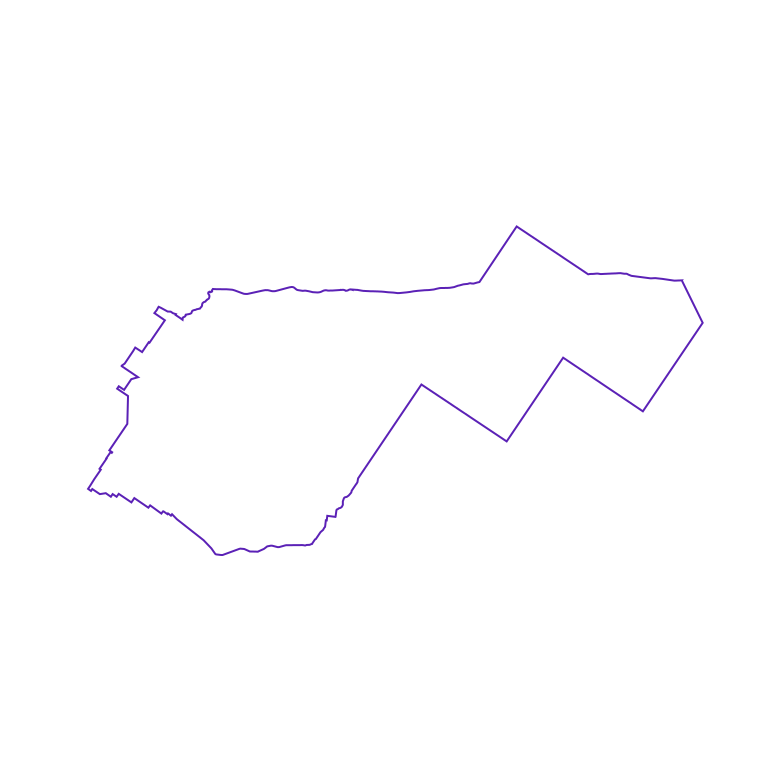 outline of Wandering, Western Australia, Australia, rotated 124°
{"feature_id": "25037944B32288278809201", "entity_name": "Wandering", "entity_type": "district", "adm_level": 2, "iso_a3": "AUS", "parent_name": "Australia", "parent_adm1": "Western Australia", "projection": "albers", "projection_center": [116.618, -32.526], "detail": "fine", "context": "isolated", "style": "outline", "palette": "violet", "viewbox_px": 768, "rotation_deg": 124, "n_neighbors": 0, "source": "geoboundaries", "source_scale": "gbopen_adm2", "svg_char_len": 5902}
<svg xmlns="http://www.w3.org/2000/svg" viewBox="0 0 768 768"><g transform="rotate(124 384 384)"><path d="M131.5,195.0L135.4,200.3L135.7,200.7L135.9,201.1L136.2,201.6L141.2,212.0L144.2,217.7L144.6,218.4L147.3,222.0L148.0,223.4L152.5,232.4L155.7,238.8L155.9,239.2L156.0,239.5L156.1,240.0L156.6,242.2L156.8,243.9L156.9,244.4L157.0,244.6L157.2,245.0L158.2,246.4L159.1,248.3L159.6,249.4L159.9,250.0L161.4,252.1L161.8,252.5L164.8,256.6L169.8,263.3L171.6,265.7L172.1,266.7L172.9,268.5L173.6,269.5L174.0,270.0L175.5,271.8L177.5,274.6L177.9,275.1L178.6,275.7L178.9,276.2L179.2,362.1L181.9,362.1L189.7,362.1L246.1,361.9L247.8,363.5L250.2,365.5L250.8,366.1L251.3,366.9L251.6,367.4L252.1,368.6L252.2,368.8L252.6,369.2L252.8,369.5L254.2,370.6L254.7,371.2L256.7,373.6L257.0,373.9L257.3,374.2L259.4,376.0L260.6,377.1L261.2,377.7L264.1,379.8L264.7,380.3L267.5,383.3L268.1,384.1L269.3,385.7L269.9,386.7L270.4,387.3L272.6,390.5L273.1,391.1L273.4,391.5L275.7,393.7L277.4,395.2L278.0,395.8L281.0,399.3L283.5,402.7L287.7,407.9L290.5,411.2L293.0,413.8L295.4,416.5L300.1,422.2L300.5,422.8L300.9,423.3L303.0,427.4L305.7,432.0L307.7,435.8L308.6,437.4L310.6,440.7L313.8,445.8L314.5,446.8L318.3,453.1L319.0,454.5L320.6,458.1L320.9,458.8L321.6,459.9L322.5,461.5L323.7,463.6L323.8,463.4L323.9,463.7L324.0,463.9L324.4,464.6L324.6,465.0L325.1,465.5L326.7,466.4L327.3,466.9L328.0,467.7L328.1,467.9L328.2,468.1L328.1,468.9L328.2,469.1L328.5,470.1L328.7,470.4L329.0,470.9L329.9,472.0L330.1,472.3L330.1,472.5L330.6,472.9L330.9,473.3L335.4,479.1L337.7,482.4L337.9,482.7L338.4,483.9L338.6,484.3L338.9,484.7L339.1,485.1L339.4,485.4L339.9,485.9L340.5,486.4L342.7,487.7L343.5,488.3L344.2,489.0L344.7,489.5L345.6,490.8L347.0,493.2L347.7,494.4L349.1,498.1L350.2,500.6L350.6,501.4L351.0,502.0L351.6,502.7L351.9,503.1L352.3,503.6L353.7,506.6L354.3,507.9L354.5,508.5L354.6,508.8L354.6,509.4L354.6,510.1L354.4,511.8L354.4,512.5L354.4,512.9L354.5,513.3L354.7,513.9L355.1,514.6L355.3,514.9L356.7,516.4L358.4,517.9L366.7,525.1L367.6,525.9L368.4,526.8L369.1,527.8L369.4,528.3L369.7,528.9L369.9,529.4L370.7,531.6L371.1,532.6L371.5,533.3L371.8,533.7L372.5,534.8L373.3,535.7L374.8,537.2L385.1,547.0L385.7,547.6L386.5,548.7L387.0,549.6L387.4,550.3L387.6,550.8L387.9,551.9L389.9,560.1L390.1,560.7L390.4,561.7L390.6,562.3L390.8,562.7L392.3,565.4L393.4,567.3L399.0,575.8L399.9,577.2L400.9,579.0L402.7,579.0L402.8,578.6L403.0,578.4L403.3,578.3L403.5,578.3L403.9,578.4L404.2,578.7L404.5,578.9L404.6,579.0L404.9,579.1L405.0,579.2L405.1,579.4L405.2,579.7L405.0,580.0L405.1,580.3L405.4,580.3L405.6,580.4L405.9,580.7L406.1,580.8L406.5,580.7L406.9,580.6L407.1,580.5L407.2,580.3L407.4,580.1L408.0,578.8L408.0,578.6L408.6,578.0L408.7,577.9L409.0,577.7L410.4,577.1L410.6,577.1L410.9,577.1L411.5,577.1L412.9,577.8L413.1,577.9L413.4,577.8L413.5,577.8L413.8,578.0L414.8,578.2L415.3,578.1L415.6,578.2L416.8,579.1L417.2,579.3L417.6,579.4L418.3,579.6L418.6,579.6L419.1,579.5L419.9,579.2L420.1,579.1L420.4,578.9L420.7,578.7L421.0,578.6L421.4,578.6L422.1,578.5L423.1,578.8L423.5,578.8L423.8,578.7L424.0,578.7L424.3,578.7L424.8,579.1L425.2,579.6L425.8,580.1L426.7,581.0L426.9,581.2L427.4,581.4L427.8,581.7L428.0,581.8L428.1,582.0L428.4,582.3L428.8,582.7L429.7,583.3L429.9,583.5L430.5,583.8L430.8,583.8L431.2,583.8L431.5,583.7L432.3,583.5L432.6,583.4L433.0,583.4L433.3,583.5L433.5,583.6L434.2,584.0L435.0,584.7L435.2,584.9L435.8,585.5L436.2,585.9L437.0,586.7L437.2,586.8L437.4,587.1L437.6,587.1L438.0,587.0L438.7,586.8L438.7,586.7L439.0,586.7L439.5,586.8L439.8,587.0L440.8,587.6L441.4,587.8L441.5,587.9L442.0,587.8L442.6,587.3L443.0,587.1L443.4,586.9L443.3,590.0L443.3,595.4L442.4,595.5L443.3,598.4L443.3,601.3L444.9,603.9L445.6,611.6L446.0,614.0L446.8,614.0L449.9,613.7L453.6,614.0L453.7,601.3L480.9,601.5L480.9,602.4L492.8,602.4L492.8,605.1L492.9,610.6L497.2,610.4L512.1,610.4L515.5,611.7L515.9,611.5L515.9,591.7L521.3,596.2L534.2,596.2L534.2,602.6L537.1,602.6L537.1,589.5L560.6,574.5L592.6,574.6L592.6,571.2L593.3,571.2L593.3,572.6L600.9,572.7L600.9,572.3L613.4,572.4L613.4,570.9L624.9,571.0L632.8,570.7L636.4,570.7L636.5,567.1L634.2,567.1L634.2,558.0L630.1,553.6L630.2,547.4L627.0,547.4L627.0,542.6L623.4,542.5L623.4,527.2L618.2,527.2L618.3,510.2L615.4,510.0L615.9,496.1L613.2,496.0L612.9,495.6L613.0,491.0L613.0,490.7L612.3,490.7L612.1,490.7L612.1,490.0L612.3,487.0L610.5,486.9L611.6,481.7L611.9,480.2L612.0,479.1L614.4,446.1L614.5,445.7L616.8,435.2L619.0,429.5L619.2,429.0L619.2,428.8L619.2,428.4L619.2,428.2L619.1,427.8L617.0,423.7L616.4,422.7L616.1,422.3L615.9,422.1L601.8,411.9L601.3,411.5L601.0,411.2L600.9,411.1L600.7,410.8L599.1,407.9L599.0,407.6L598.9,407.4L597.9,401.7L597.8,401.4L597.5,401.0L595.0,397.1L593.8,395.2L593.6,394.8L593.3,394.7L587.8,391.3L583.9,390.0L581.3,387.4L581.0,387.0L580.8,386.6L580.6,386.3L578.8,381.2L578.6,380.8L578.3,380.3L577.9,379.9L577.7,379.6L573.1,375.7L572.7,375.3L572.3,374.9L564.6,363.6L563.7,362.4L562.9,361.1L562.0,359.1L560.7,358.1L559.3,356.2L559.0,355.8L558.6,355.5L558.2,355.2L557.3,354.7L557.0,354.5L556.7,354.2L556.5,354.3L556.0,354.3L551.6,354.3L551.2,354.2L550.8,353.9L550.6,353.8L550.4,353.8L542.5,353.8L541.9,353.7L539.0,352.9L538.7,352.9L538.2,353.0L536.9,353.1L535.4,353.0L534.1,353.6L529.5,356.0L529.1,355.2L525.0,357.3L521.3,349.9L521.2,349.9L515.4,352.8L515.1,352.9L514.9,352.9L514.6,352.9L514.4,352.9L513.5,352.3L512.5,352.0L512.3,351.9L511.5,351.2L511.1,350.9L510.8,350.7L509.8,350.4L509.6,350.3L509.3,350.3L509.1,350.3L507.4,350.5L507.1,350.6L505.8,351.5L504.3,352.5L501.3,353.3L500.8,353.3L500.4,353.3L500.0,353.1L499.6,352.9L498.7,352.0L498.3,351.7L496.7,351.1L496.1,350.9L492.9,350.5L492.3,350.5L491.8,350.6L491.5,350.7L490.9,351.0L490.6,351.1L489.5,351.1L482.4,351.1L482.2,351.0L480.5,351.1L480.3,351.1L477.2,352.5L476.9,352.6L476.7,352.7L472.7,352.7L363.5,352.7L363.0,250.2L262.0,250.2L261.9,163.9L261.9,154.1L155.1,154.0L131.6,195.0L131.5,195.0Z" fill="none" stroke="#5b21b6" stroke-width="2"/></g></svg>